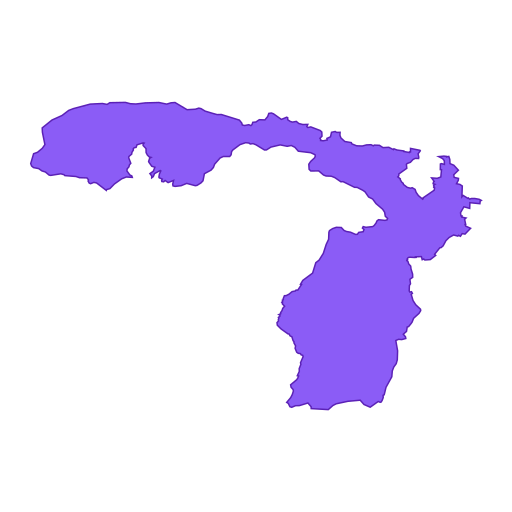 outline of Ocna Sugatag, Maramures, Romania
{"feature_id": "2599482B76843829186540", "entity_name": "Ocna Sugatag", "entity_type": "district", "adm_level": 2, "iso_a3": "ROU", "parent_name": "Romania", "parent_adm1": "Maramures", "projection": "robinson", "projection_center": [23.858, 47.763], "detail": "fine", "context": "isolated", "style": "filled", "palette": "violet", "viewbox_px": 512, "rotation_deg": 0, "n_neighbors": 0, "source": "geoboundaries", "source_scale": "gbopen_adm2", "svg_char_len": 6077}
<svg xmlns="http://www.w3.org/2000/svg" viewBox="0 0 512 512"><path d="M311.2,408.6L328.3,409.6L332.9,405.5L336.2,403.8L347.9,401.3L360.2,400.2L364.0,404.5L370.2,407.2L378.2,401.5L380.2,402.3L381.2,402.0L382.2,400.3L383.2,397.6L383.1,395.3L384.2,394.8L386.0,387.3L391.8,376.8L392.3,370.9L393.8,367.0L396.2,363.7L397.3,359.8L397.6,350.8L395.8,340.5L398.6,339.3L401.7,339.6L405.8,338.5L405.5,336.8L403.3,334.2L406.5,331.4L407.2,327.0L408.6,326.6L410.9,323.8L412.1,322.1L413.6,318.3L419.0,313.4L420.7,310.6L420.5,309.2L415.7,304.7L413.0,300.5L411.2,294.2L412.4,293.4L411.5,291.7L409.9,292.1L409.2,290.9L409.4,285.5L410.5,283.8L409.9,279.3L412.7,277.3L412.6,274.1L411.0,268.9L410.7,266.1L408.7,263.9L407.9,261.3L406.8,260.7L406.7,260.2L407.6,259.6L407.3,258.6L408.3,257.5L410.0,257.2L414.5,257.5L415.9,257.4L415.6,256.8L421.4,256.6L422.2,259.7L423.7,259.0L424.8,260.0L430.3,259.6L435.7,255.4L434.6,254.3L439.8,247.8L441.1,247.6L443.1,245.9L445.9,240.7L449.1,237.5L453.6,235.0L457.8,236.1L458.6,235.3L460.4,236.3L462.2,233.6L465.0,234.1L470.6,228.3L465.7,226.1L465.1,224.5L465.7,224.4L464.6,219.3L466.0,218.0L461.8,217.1L462.1,216.0L461.0,215.9L460.5,212.7L463.9,206.8L469.7,208.4L469.9,202.7L479.9,203.7L480.2,201.1L481.3,200.4L479.2,199.3L474.9,198.5L471.4,198.5L469.6,199.1L468.3,197.9L467.8,198.3L463.1,195.4L461.9,196.8L462.3,186.0L459.9,184.4L456.5,183.7L458.3,180.3L458.5,178.4L454.2,177.4L453.7,174.8L458.4,170.2L453.8,165.2L450.0,163.6L449.8,159.4L448.8,156.4L446.6,156.9L446.6,156.4L443.9,156.1L438.7,156.6L442.6,158.6L444.3,160.7L444.4,164.4L441.4,163.6L440.4,164.0L440.3,169.6L441.5,169.7L440.8,177.0L437.2,178.3L431.6,177.9L434.2,181.5L433.5,182.0L433.1,183.7L434.8,184.3L434.0,184.7L433.6,185.8L434.1,186.2L433.7,187.3L434.6,187.8L434.2,190.2L423.0,197.9L423.2,198.6L422.7,199.2L418.4,195.6L416.1,192.3L415.1,189.4L412.2,187.7L410.5,188.2L407.3,187.4L403.4,184.4L403.2,183.3L401.7,182.1L400.3,179.7L400.3,178.8L397.8,176.9L398.8,175.8L398.8,174.0L406.8,168.3L406.4,164.3L407.2,163.5L410.4,162.3L413.0,159.5L415.2,158.4L418.6,158.5L418.8,157.2L418.1,153.8L420.3,150.8L420.0,150.3L410.5,148.4L410.5,151.9L409.5,151.9L409.4,152.5L403.8,151.5L403.9,151.0L403.5,150.9L397.0,150.0L393.9,148.8L393.4,149.6L388.8,147.3L383.0,147.6L379.4,145.3L374.3,145.1L373.3,145.8L371.0,144.7L366.5,144.9L362.3,146.0L356.6,145.8L351.9,143.9L351.3,142.6L344.8,141.5L340.9,137.9L339.9,135.2L340.1,132.3L336.6,132.4L335.2,131.5L331.5,132.3L330.5,136.8L326.9,138.4L327.2,140.0L323.2,140.8L320.6,140.5L320.8,139.7L319.9,138.3L322.0,136.2L321.9,134.0L321.8,132.0L320.2,130.5L310.8,126.9L307.8,127.5L306.8,126.6L307.8,124.4L302.8,124.5L298.8,123.5L296.3,121.4L292.5,122.1L290.2,121.4L287.7,119.7L287.7,117.7L286.7,117.2L281.4,119.4L273.5,113.8L271.4,113.0L268.8,113.4L267.7,116.5L264.9,119.9L259.3,119.7L255.9,122.0L252.8,122.3L252.0,124.6L250.9,125.6L248.8,124.7L244.7,125.5L242.3,125.0L241.8,123.1L239.4,120.1L221.3,114.5L217.1,114.6L212.1,113.2L205.1,111.1L201.0,108.6L198.8,108.1L195.4,109.2L187.1,109.7L175.0,102.5L171.0,102.8L166.7,104.1L158.9,102.5L145.2,102.9L135.9,104.0L130.3,103.7L125.4,102.4L109.8,102.7L107.1,104.4L102.4,103.5L90.2,104.1L73.4,108.6L68.7,110.4L62.0,115.5L52.0,120.0L42.2,127.9L42.4,132.2L44.9,144.6L42.3,148.3L37.5,152.3L33.6,153.7L30.7,163.6L31.6,166.0L33.5,167.6L38.7,168.6L41.9,170.9L45.4,172.0L49.1,175.1L50.7,175.4L60.8,173.8L64.0,174.7L64.8,175.6L76.0,176.5L79.5,177.7L86.9,177.9L88.5,179.8L88.1,181.1L89.2,183.1L90.6,183.7L93.8,182.4L96.5,182.9L106.3,190.4L106.5,189.6L109.9,188.6L114.4,184.0L121.7,178.8L126.3,177.0L132.3,177.4L131.8,175.9L129.9,175.0L126.9,170.9L127.2,168.8L128.9,166.9L129.4,164.9L130.8,163.3L128.7,157.8L128.9,156.5L131.7,154.1L131.9,152.4L133.4,150.0L133.2,148.9L134.2,147.7L136.1,147.4L137.0,144.8L143.1,142.9L144.1,143.1L143.1,144.3L143.1,145.5L146.0,148.6L146.1,152.6L147.4,155.1L149.3,157.0L151.0,157.4L149.6,158.3L148.6,161.5L149.0,162.4L151.8,166.3L154.9,167.2L153.3,171.2L149.9,173.6L151.7,175.9L151.7,177.8L153.3,176.6L154.5,173.6L160.2,170.5L160.8,170.9L159.4,174.0L158.9,177.1L159.2,177.8L162.3,179.1L161.6,180.3L161.8,181.5L163.7,181.8L165.1,180.5L168.1,182.6L173.6,180.4L172.7,184.1L173.0,185.9L175.1,186.4L181.1,185.7L186.7,183.4L195.3,185.7L197.0,185.4L201.0,182.9L203.0,180.8L204.4,173.7L211.1,170.1L213.4,167.5L214.6,164.2L220.1,158.0L223.3,156.5L229.7,156.5L231.1,154.8L231.6,151.6L232.8,150.0L240.0,144.6L245.6,142.7L248.8,143.0L250.3,144.0L253.0,143.6L256.0,144.8L264.5,150.0L266.5,149.9L270.9,147.1L280.2,144.9L287.2,146.3L291.3,145.5L294.9,147.3L298.3,151.2L310.7,152.7L315.0,154.7L315.3,156.2L314.5,157.9L310.7,161.4L308.8,164.2L309.1,169.3L310.8,171.0L318.7,170.9L323.5,175.0L326.0,176.0L331.3,176.2L334.8,177.6L340.9,181.8L343.0,181.6L354.5,187.3L357.2,187.4L362.8,190.3L365.0,191.8L368.6,197.0L372.6,199.0L376.0,203.6L382.6,209.2L384.6,212.2L385.3,216.3L387.6,218.4L387.0,219.9L385.0,220.4L378.5,219.7L376.8,221.1L376.2,222.8L374.1,225.6L372.7,226.6L365.9,227.3L363.2,226.6L362.4,228.1L364.0,229.5L363.2,231.7L358.7,232.4L357.4,234.3L355.5,234.4L350.5,232.2L346.5,231.5L344.1,230.5L341.3,227.5L336.3,227.3L332.6,228.6L329.5,230.6L328.9,232.2L328.6,239.3L326.2,244.4L323.3,253.4L319.1,260.1L315.8,262.7L312.6,273.1L302.8,280.4L300.5,284.3L301.5,284.5L297.8,290.1L296.0,290.1L295.2,291.0L292.1,291.6L289.1,294.1L286.2,295.6L284.4,295.7L283.2,298.7L283.3,299.7L282.4,300.1L282.6,301.4L281.8,302.3L282.6,302.9L282.3,303.8L284.6,306.2L282.7,308.4L282.0,310.6L280.6,312.6L280.7,313.7L278.9,314.6L279.9,315.0L279.9,316.2L278.4,317.4L278.8,318.0L278.3,319.7L278.5,321.0L277.0,322.6L277.3,325.2L281.0,328.9L288.0,333.9L289.1,334.0L290.0,335.8L291.9,336.8L293.1,340.7L293.9,341.5L294.0,343.0L295.6,345.9L295.1,348.3L296.7,352.2L298.2,353.3L300.4,353.6L301.2,354.9L302.7,355.3L303.1,356.7L300.5,362.8L300.9,364.3L299.2,368.6L299.3,371.4L297.3,375.7L298.6,376.0L297.9,377.9L296.7,379.7L290.6,384.8L291.1,387.3L293.1,389.5L293.4,391.0L292.3,394.5L290.7,397.6L286.7,402.4L288.3,403.4L289.9,406.7L291.7,407.3L295.5,405.7L299.4,405.6L307.9,403.0L311.1,406.7L311.2,408.6Z" fill="#8b5cf6" stroke="#5b21b6" stroke-width="1.5"/></svg>